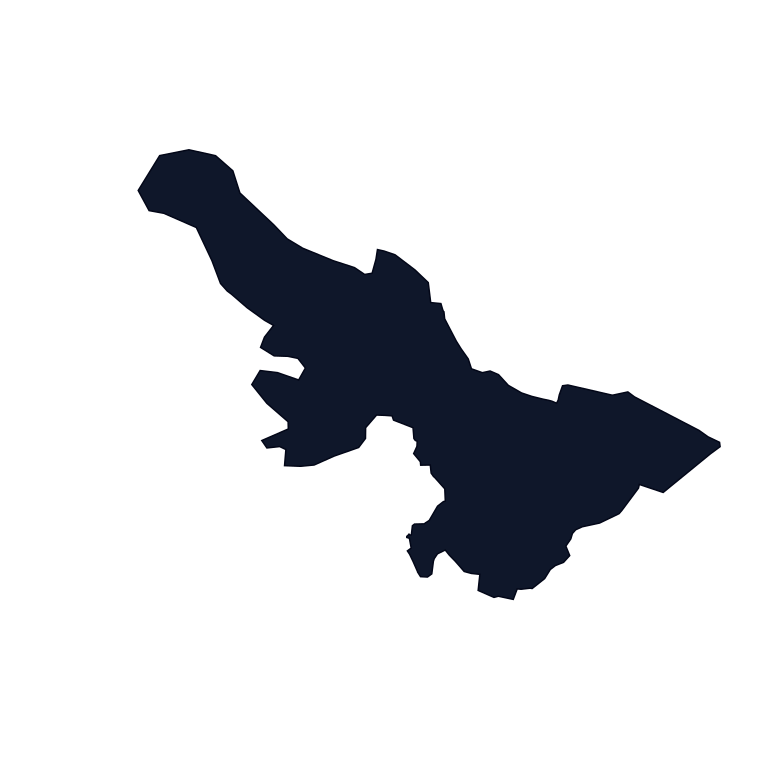 outline of Itesiwaju, Oyo, Nigeria, rotated 34°
{"feature_id": "59680162B74485110483501", "entity_name": "Itesiwaju", "entity_type": "district", "adm_level": 2, "iso_a3": "NGA", "parent_name": "Nigeria", "parent_adm1": "Oyo", "projection": "orthographic", "projection_center": [3.357, 8.23], "detail": "fine", "context": "isolated", "style": "filled", "palette": "ink", "viewbox_px": 768, "rotation_deg": 34, "n_neighbors": 0, "source": "geoboundaries", "source_scale": "gbopen_adm2", "svg_char_len": 2170}
<svg xmlns="http://www.w3.org/2000/svg" viewBox="0 0 768 768"><g transform="rotate(34 384 384)"><path d="M347.2,507.3L360.8,498.9L371.4,490.2L383.0,471.6L398.5,450.8L399.1,439.5L393.2,430.5L395.2,413.9L402.1,409.6L408.5,405.9L412.1,408.6L428.9,404.8L432.5,404.0L439.3,412.5L441.5,413.3L443.5,412.9L446.2,417.3L447.5,425.1L457.6,428.1L459.8,430.8L466.5,426.1L467.7,425.3L472.9,431.5L477.0,433.1L477.7,433.0L493.0,436.9L500.3,446.8L499.0,448.3L496.7,455.3L497.8,471.8L496.3,475.4L496.1,475.7L495.6,477.4L487.6,483.1L486.8,485.6L491.0,493.7L490.4,494.6L488.7,494.5L488.7,495.1L488.1,497.6L488.7,498.5L491.3,497.7L498.3,504.8L496.7,509.3L500.4,510.8L507.4,514.9L516.9,520.9L517.0,521.1L522.0,523.3L528.0,519.7L529.8,514.7L524.1,503.4L523.3,500.7L523.3,494.9L527.6,487.4L534.0,489.4L541.8,491.0L547.6,492.5L555.3,494.6L562.4,492.2L569.9,488.2L577.5,502.5L594.5,499.4L597.5,496.0L611.6,490.3L609.0,479.4L612.4,477.5L619.3,471.6L621.2,470.7L626.0,455.5L625.6,444.8L627.6,438.7L632.6,431.4L633.9,422.4L625.4,416.7L625.5,408.0L623.8,402.6L624.4,397.7L628.2,391.5L640.5,378.7L651.4,360.0L651.9,355.7L653.2,328.0L651.8,324.5L676.1,317.8L678.9,308.4L693.7,259.2L697.7,248.0L694.8,244.7L682.1,246.6L671.1,246.3L598.9,254.6L590.6,254.2L580.1,265.1L579.8,265.3L579.6,265.6L537.0,282.0L533.0,285.6L535.4,295.0L537.4,299.9L537.8,303.4L532.7,304.4L529.5,305.5L524.4,307.6L513.5,311.6L503.0,314.5L487.8,315.6L473.7,312.2L464.7,313.9L459.2,319.6L448.0,322.5L439.8,316.1L428.2,311.7L420.1,308.1L397.8,296.0L393.3,290.6L392.6,290.6L390.9,289.4L386.2,285.5L377.2,290.4L364.0,275.2L345.9,272.1L321.0,270.7L309.8,273.7L303.4,276.2L307.6,285.1L312.2,298.8L306.7,304.0L294.5,304.0L272.9,310.2L240.6,316.9L222.5,317.8L203.7,313.7L157.7,306.2L139.5,291.8L116.7,288.9L91.3,298.9L70.3,320.1L72.0,361.0L92.3,371.6L106.0,365.6L140.9,359.2L172.3,377.9L192.3,392.1L202.2,394.6L207.1,394.8L227.9,397.3L249.5,398.0L259.7,397.2L258.7,412.0L261.2,422.7L277.2,422.1L288.8,414.8L298.3,410.9L309.9,414.7L311.0,428.4L289.4,434.1L273.8,442.1L274.7,458.4L297.7,465.5L325.6,468.9L329.8,474.8L314.3,499.2L322.7,502.5L332.5,494.2L339.3,493.2L347.2,507.3Z" fill="#0f172a" stroke="#020617" stroke-width="1.5"/></g></svg>